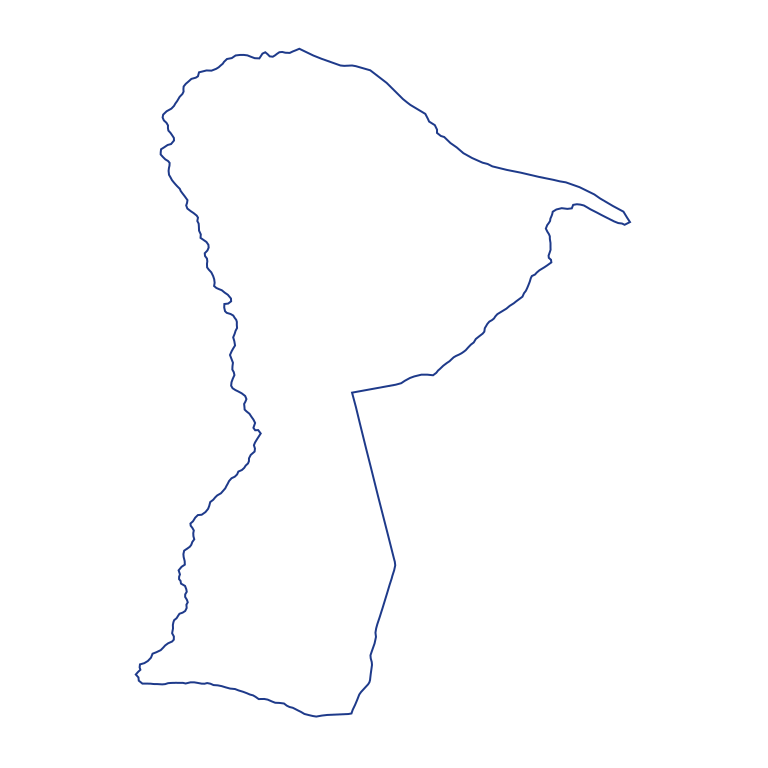 outline of Bataguassu, Mato Grosso do Sul, Brazil, rotated 271°
{"feature_id": "56859067B16136345654597", "entity_name": "Bataguassu", "entity_type": "district", "adm_level": 2, "iso_a3": "BRA", "parent_name": "Brazil", "parent_adm1": "Mato Grosso do Sul", "projection": "equal_earth", "projection_center": [-52.609, -21.865], "detail": "fine", "context": "isolated", "style": "outline", "palette": "blue", "viewbox_px": 768, "rotation_deg": 271, "n_neighbors": 0, "source": "geoboundaries", "source_scale": "gbopen_adm2", "svg_char_len": 5939}
<svg xmlns="http://www.w3.org/2000/svg" viewBox="0 0 768 768"><g transform="rotate(271 384 384)"><path d="M717.7,293.5L716.1,289.9L714.9,287.0L713.4,284.0L713.5,279.6L714.2,276.5L713.9,273.6L712.3,271.3L710.6,269.2L709.3,267.1L709.6,264.0L711.7,261.9L713.6,259.5L712.2,256.7L710.1,255.4L707.4,253.7L707.5,249.1L708.9,245.1L710.2,241.7L710.6,237.8L710.5,234.3L709.9,229.9L707.2,226.1L706.2,221.3L703.3,218.4L701.4,217.2L699.6,215.1L697.8,213.2L696.2,210.7L694.3,206.1L694.4,201.0L693.3,197.0L692.4,193.6L688.4,192.6L687.0,190.5L685.7,186.1L682.9,183.1L680.7,180.6L678.0,178.5L675.4,178.3L672.9,178.5L670.5,177.4L667.6,174.7L663.2,172.2L660.8,170.5L658.4,169.2L655.6,166.6L652.9,161.9L649.5,158.5L646.6,158.0L643.7,159.3L641.4,161.9L638.8,163.5L636.1,163.5L633.6,164.0L631.4,166.1L629.2,167.7L626.4,169.6L623.8,169.8L620.2,166.9L619.2,163.5L616.7,159.9L614.8,157.0L611.7,156.7L609.6,156.7L607.3,158.8L604.8,161.4L603.1,164.3L601.3,165.8L598.5,165.7L596.2,165.2L593.3,164.9L589.4,165.4L586.4,167.2L584.2,168.4L581.8,170.4L580.0,172.0L578.1,173.8L575.6,176.4L573.4,177.4L571.3,179.0L568.3,181.4L564.4,184.3L561.6,183.9L559.1,183.1L556.0,184.3L553.4,187.8L551.6,190.6L549.1,193.8L547.1,195.1L543.7,194.5L541.1,195.9L537.6,196.2L534.1,196.4L530.4,198.2L526.9,198.0L522.9,204.0L520.1,206.0L517.3,206.3L514.4,205.1L511.6,202.5L508.9,202.8L506.3,204.8L503.6,205.2L501.1,204.9L497.5,205.1L495.3,206.8L492.6,209.4L488.9,211.3L485.7,212.4L482.2,212.9L479.0,212.4L477.1,214.7L476.0,217.3L474.9,220.2L472.6,223.1L470.5,226.3L466.8,229.5L464.0,229.7L461.7,226.8L461.2,223.0L457.7,222.9L454.0,223.8L452.4,225.5L451.3,229.4L449.8,232.1L447.6,233.5L445.6,235.1L443.5,235.8L440.6,235.8L437.4,236.1L434.7,234.7L431.6,233.8L428.0,232.4L424.2,233.6L419.9,234.4L416.9,232.6L414.1,231.1L410.3,229.5L402.6,232.6L399.2,232.2L395.8,232.1L393.2,233.6L390.3,234.3L386.6,232.7L383.1,231.5L379.6,231.2L377.1,232.7L375.3,235.6L374.2,238.0L372.2,241.9L369.6,245.4L366.5,246.7L364.1,245.8L361.6,244.5L358.2,244.9L356.0,245.1L354.3,246.9L351.9,250.0L349.1,251.9L346.1,254.1L342.8,255.8L337.9,254.2L335.5,256.0L335.7,259.0L332.4,261.6L328.5,259.2L326.4,257.9L323.3,256.1L320.5,255.0L317.2,256.1L314.2,255.8L310.8,252.0L307.3,250.3L304.5,250.3L302.2,249.4L300.0,247.1L297.7,245.7L295.5,243.4L293.9,239.9L291.0,238.7L288.7,236.4L287.1,233.2L284.3,230.8L281.4,229.4L279.4,228.3L276.9,227.1L274.5,225.1L271.9,222.9L269.7,219.2L267.7,217.2L265.3,215.3L262.9,212.3L259.1,211.4L256.1,210.3L252.8,207.7L250.1,204.0L249.7,200.2L247.1,197.6L243.4,195.4L241.1,192.9L238.9,193.2L236.8,194.9L234.2,196.4L231.6,195.9L228.5,196.1L225.4,197.0L222.7,195.1L219.8,194.1L217.9,192.7L216.4,190.7L213.9,187.1L210.4,186.4L207.5,186.7L203.4,187.8L199.9,188.0L197.7,184.8L194.1,181.9L190.1,183.3L187.7,182.5L185.3,182.5L183.6,184.0L180.9,184.5L178.6,188.6L175.3,189.9L172.8,190.4L170.2,188.9L167.6,188.9L164.8,190.7L162.3,191.6L159.9,190.3L156.6,190.6L153.6,189.2L151.9,186.7L150.7,183.5L148.7,182.2L146.2,180.7L144.2,178.3L142.1,177.6L139.4,177.1L135.9,177.3L133.5,176.9L131.1,176.5L127.9,178.3L124.7,178.3L122.8,176.6L121.0,172.7L118.8,169.8L116.5,167.8L114.0,165.4L111.8,161.0L110.3,157.3L106.3,155.8L102.9,152.7L100.7,149.2L99.4,144.9L96.4,144.6L94.0,145.4L91.9,143.2L89.2,140.9L86.3,143.6L83.1,144.0L80.2,147.7L80.3,152.6L80.3,155.7L80.0,158.8L80.0,162.8L79.8,167.5L80.1,170.4L81.1,173.3L81.4,176.4L81.6,181.1L81.6,184.5L81.7,188.0L81.1,190.9L82.3,195.6L82.4,199.4L82.0,202.2L81.2,207.0L81.2,209.8L81.9,212.4L81.3,215.7L80.0,218.8L79.8,223.0L79.1,226.9L77.9,231.1L76.8,235.4L76.4,240.4L75.1,243.9L73.8,248.5L72.4,252.4L71.2,255.3L70.4,258.5L69.0,261.0L66.8,264.2L67.0,269.7L66.4,273.2L64.5,277.8L63.4,280.8L63.3,285.1L62.8,289.6L60.7,292.4L59.4,295.2L58.7,298.4L57.6,300.7L56.1,303.7L54.7,306.7L52.7,310.2L51.6,314.9L50.8,318.6L50.3,322.1L51.4,327.7L52.1,333.0L53.4,354.1L54.0,357.2L57.7,358.4L62.7,360.7L67.7,362.7L73.1,364.7L75.6,366.4L79.9,370.2L83.5,373.4L85.5,374.6L87.7,375.2L89.9,375.4L93.9,375.8L102.9,376.9L105.8,376.6L109.5,375.5L112.5,375.2L116.3,376.4L119.9,377.6L124.4,379.1L131.0,380.4L135.2,379.8L139.4,380.4L143.7,381.5L151.3,383.9L156.4,385.4L159.7,386.4L175.4,390.9L183.6,393.2L189.8,395.1L192.3,395.7L197.9,397.4L202.9,398.4L206.5,397.9L209.6,397.0L221.4,393.8L235.7,389.9L272.1,379.9L300.5,372.3L319.6,367.1L344.8,360.4L360.5,356.3L374.8,352.2L383.5,395.7L385.1,401.2L387.6,404.8L390.5,409.9L392.1,414.1L393.0,417.5L394.0,421.3L394.1,427.0L393.6,432.9L396.1,436.1L398.4,437.8L400.0,439.6L403.2,442.8L405.9,446.2L407.9,449.1L409.7,450.9L411.9,453.2L413.3,455.5L414.8,458.7L416.1,461.0L417.6,463.1L419.2,465.1L422.1,467.6L424.9,470.2L427.1,473.0L430.6,475.0L433.4,478.4L436.1,481.8L438.1,483.4L441.5,483.8L445.9,486.3L448.2,488.2L449.8,490.9L451.4,492.8L453.5,494.1L455.8,496.1L461.5,505.1L464.3,508.3L467.0,512.4L468.7,514.4L473.7,520.9L477.2,522.4L479.6,524.2L482.2,525.4L485.2,526.6L489.0,528.0L492.3,528.9L494.5,529.9L496.1,533.1L498.0,534.7L500.4,537.4L503.5,542.3L505.3,544.9L508.5,549.2L511.1,548.8L513.0,546.6L515.2,546.3L518.8,547.5L521.1,548.2L523.2,548.1L527.9,548.0L531.9,547.3L534.6,547.2L536.7,546.3L539.1,544.7L542.2,543.1L545.7,544.4L547.9,546.0L549.9,547.2L552.3,547.5L554.4,548.4L556.6,549.2L559.2,549.7L561.5,553.3L562.9,558.6L562.3,564.3L562.9,568.7L566.4,570.0L567.1,573.7L566.8,577.2L566.0,580.7L564.2,584.0L562.3,587.3L558.9,594.3L556.9,598.2L554.9,602.3L550.6,611.2L549.0,615.4L548.6,619.2L547.4,621.8L550.2,627.1L554.5,624.2L560.5,620.4L565.9,609.9L573.3,596.8L577.2,591.0L584.2,576.1L588.8,562.3L589.7,556.2L591.1,549.8L593.7,535.6L597.7,517.0L598.6,512.0L600.2,503.1L603.5,488.5L605.8,483.8L607.0,478.7L611.5,468.1L616.2,459.3L621.8,452.6L626.1,446.2L632.0,439.9L633.0,436.5L636.0,432.6L639.2,432.6L643.7,430.3L647.2,424.5L649.6,423.4L654.8,420.6L663.5,405.5L665.7,402.5L669.2,398.0L685.1,381.4L697.4,364.8L701.3,350.3L701.9,346.5L701.4,338.6L701.7,334.9L708.1,315.8L711.2,307.6L717.7,293.5Z" fill="none" stroke="#1e3a8a" stroke-width="2"/></g></svg>